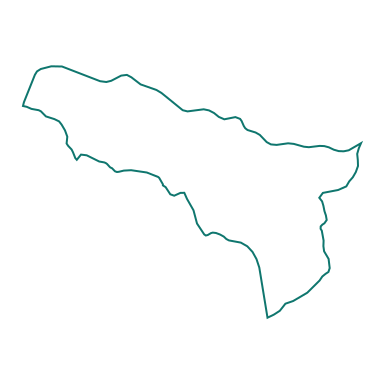 Abkhazia, orthographic projection
{"feature_id": "GEO-3015", "entity_name": "Abkhazia", "entity_type": "Autonomous Republic", "adm_level": 1, "iso_a3": "GEO", "parent_name": "Georgia", "parent_adm1": "", "projection": "orthographic", "projection_center": [41.203, 42.991], "detail": "fine", "context": "isolated", "style": "outline", "palette": "teal", "viewbox_px": 384, "rotation_deg": 0, "n_neighbors": 0, "source": "natural_earth", "source_scale": "10m", "svg_char_len": 1884}
<svg xmlns="http://www.w3.org/2000/svg" viewBox="0 0 384 384"><path d="M51.3,66.3L62.0,66.5L100.1,81.2L106.3,82.0L111.2,80.8L121.2,75.6L126.9,74.9L131.4,77.3L132.8,78.4L140.6,84.4L156.5,90.0L161.5,93.0L182.7,110.2L187.5,111.4L203.7,109.3L209.0,110.4L214.0,113.0L218.8,116.9L224.3,119.3L235.4,117.1L240.1,118.9L241.6,121.0L243.8,126.0L245.2,128.2L247.5,130.0L255.6,132.5L259.8,134.9L266.7,142.1L270.9,144.4L276.6,144.9L288.1,143.3L293.8,143.9L303.9,146.7L308.9,147.2L319.7,145.9L324.3,146.1L328.8,147.3L333.8,149.7L338.7,151.1L343.7,151.3L348.7,150.3L361.0,143.2L358.8,148.3L357.2,153.9L357.8,160.0L358.0,166.0L355.8,172.1L352.8,177.3L349.2,181.4L346.3,186.4L338.1,190.0L322.9,192.9L321.7,194.5L319.3,197.8L322.1,201.4L323.4,205.8L324.4,210.8L324.6,211.6L325.9,215.4L326.7,220.0L324.4,223.3L322.4,224.6L320.7,226.4L320.6,228.8L321.8,230.7L323.6,240.6L323.4,246.1L324.1,251.3L328.6,258.9L329.2,264.0L329.7,268.1L328.4,272.0L325.6,273.8L322.3,276.5L319.8,280.2L319.6,280.5L307.3,292.7L293.7,300.7L293.2,301.0L285.4,303.7L283.3,306.4L279.8,310.8L273.9,314.6L272.1,315.5L268.3,317.3L267.5,317.7L259.3,267.6L256.5,259.1L252.5,251.9L247.3,246.3L240.8,242.6L228.9,240.4L226.3,239.0L223.8,236.6L220.0,234.5L216.0,233.0L212.8,232.6L211.0,233.1L207.8,235.0L205.8,235.5L204.2,234.4L197.0,223.5L193.5,210.3L187.0,198.9L184.3,192.8L180.4,192.9L174.2,195.7L170.3,194.3L165.6,187.1L162.9,185.4L162.9,184.3L159.2,177.9L158.2,177.0L146.8,172.5L131.1,170.2L123.8,170.6L118.8,171.8L116.9,172.0L115.0,171.3L112.0,168.2L110.4,167.5L109.7,166.9L107.1,164.0L105.7,163.0L104.2,162.4L99.2,161.5L86.7,155.3L81.0,154.6L76.8,159.8L75.3,158.1L73.0,152.3L71.6,149.5L68.1,145.8L66.6,143.5L67.3,136.7L65.0,130.4L61.6,124.6L59.1,121.4L54.4,119.1L45.9,116.4L40.9,111.3L38.7,110.2L31.5,108.9L26.7,106.8L23.0,106.0L23.9,102.3L34.9,74.8L37.0,71.4L40.8,69.0L51.3,66.3Z" fill="none" stroke="#0f766e" stroke-width="2"/></svg>